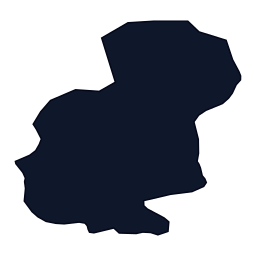 Skrundas, Equal Earth projection
{"feature_id": "LVA-5712", "entity_name": "Skrundas", "entity_type": "Municipality", "adm_level": 1, "iso_a3": "LVA", "parent_name": "Latvia", "parent_adm1": "", "projection": "equal_earth", "projection_center": [21.983, 56.664], "detail": "fine", "context": "isolated", "style": "filled", "palette": "ink", "viewbox_px": 256, "rotation_deg": 0, "n_neighbors": 0, "source": "natural_earth", "source_scale": "10m", "svg_char_len": 927}
<svg xmlns="http://www.w3.org/2000/svg" viewBox="0 0 256 256"><path d="M64.2,223.8L55.8,223.3L46.1,221.4L37.9,216.8L32.1,211.7L24.3,201.1L25.5,188.4L24.6,181.6L25.4,178.1L22.9,172.5L15.9,163.7L15.4,161.4L29.7,155.3L35.7,150.7L39.3,144.4L41.4,139.0L36.4,129.2L33.2,124.2L40.7,111.8L50.5,100.5L75.5,89.8L99.2,91.4L115.4,82.2L101.7,38.0L127.9,22.8L154.1,21.2L187.8,21.2L199.0,31.9L226.1,40.3L232.6,59.8L238.9,71.6L240.6,75.9L240.5,79.9L236.2,84.7L232.3,93.1L228.5,98.2L222.5,103.5L205.9,110.3L198.7,115.1L193.9,121.8L198.3,139.3L198.5,153.4L197.1,161.4L198.9,164.2L200.4,168.0L202.2,175.7L204.8,178.8L206.3,182.5L203.7,186.4L192.0,191.6L170.5,194.3L143.6,200.6L143.8,205.7L147.3,209.0L164.2,218.0L168.8,221.9L168.0,231.4L157.9,234.8L150.7,232.5L142.7,232.1L136.2,233.5L119.2,233.0L113.8,228.0L93.9,232.8L89.5,232.2L88.2,229.4L87.3,225.8L85.0,223.1L79.1,222.1L64.2,223.8Z" fill="#0f172a" stroke="#020617" stroke-width="1.5"/></svg>